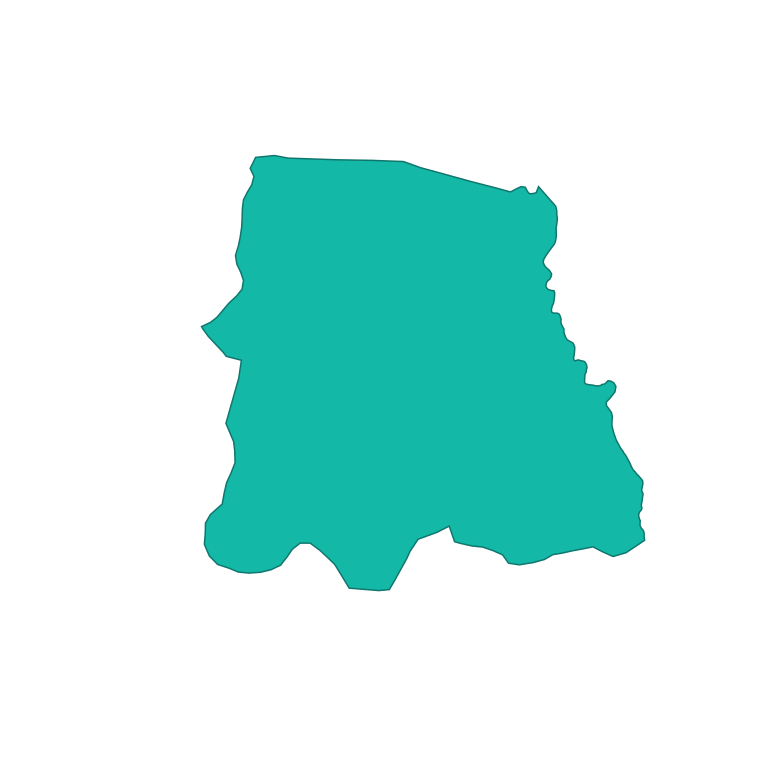 the district of Bani Al Awam, Hajjah, Yemen, rotated 243°
{"feature_id": "15242507B30221832933741", "entity_name": "Bani Al Awam", "entity_type": "district", "adm_level": 2, "iso_a3": "YEM", "parent_name": "Yemen", "parent_adm1": "Hajjah", "projection": "albers", "projection_center": [43.596, 15.581], "detail": "fine", "context": "isolated", "style": "filled", "palette": "teal", "viewbox_px": 768, "rotation_deg": 243, "n_neighbors": 0, "source": "geoboundaries", "source_scale": "gbopen_adm2", "svg_char_len": 3639}
<svg xmlns="http://www.w3.org/2000/svg" viewBox="0 0 768 768"><g transform="rotate(243 384 384)"><path d="M217.9,260.3L202.3,285.6L198.4,295.4L204.1,304.3L218.1,325.0L223.2,331.4L230.2,343.9L228.1,361.3L227.8,364.0L227.8,377.6L211.4,375.3L206.8,380.3L206.5,380.7L199.8,388.8L193.9,397.9L186.3,405.3L177.9,412.1L167.8,413.6L161.5,422.4L158.5,431.7L157.2,435.5L154.8,447.3L155.3,457.0L152.8,464.8L152.2,466.9L149.7,476.6L146.8,486.3L144.0,496.3L135.7,502.2L126.3,509.8L123.8,523.1L126.4,545.2L128.2,545.9L130.4,546.7L132.7,547.9L134.8,548.5L136.9,548.4L138.4,547.8L140.2,547.8L142.1,548.0L143.9,549.1L146.1,550.3L147.6,550.3L148.5,550.5L150.7,550.9L152.6,552.1L153.9,553.6L154.8,555.8L156.0,557.3L158.0,557.8L160.1,558.8L162.1,560.5L164.6,562.2L166.5,563.5L168.2,564.8L169.8,565.1L171.9,565.1L173.3,566.0L175.9,568.1L178.3,569.8L180.3,570.4L180.5,570.5L183.1,570.0L186.8,569.1L189.1,568.3L192.1,567.8L194.3,567.0L197.4,566.9L199.2,567.0L202.2,567.2L206.1,567.1L211.5,566.9L213.6,566.3L214.7,566.5L219.8,565.7L225.0,565.6L228.8,565.5L229.4,565.6L235.5,566.4L242.0,567.8L244.6,568.7L248.4,570.9L251.2,572.7L255.5,573.7L263.9,572.4L267.1,574.0L268.6,578.6L272.1,586.2L276.5,589.5L280.3,589.4L283.3,587.7L285.2,585.1L283.8,580.7L284.6,578.1L284.4,576.8L284.7,574.8L285.9,572.3L288.2,569.5L289.9,566.9L292.1,564.1L292.4,564.0L293.2,563.5L294.6,563.5L296.5,564.6L298.6,565.8L301.3,567.4L302.7,569.4L304.5,570.5L306.5,572.4L309.4,573.2L309.8,573.2L312.2,573.1L313.6,572.3L314.1,571.6L315.2,570.3L317.3,568.0L317.7,565.9L318.1,564.5L319.4,564.2L321.1,564.7L322.6,565.9L324.5,567.3L327.2,569.0L330.2,570.7L332.9,571.0L334.8,570.9L336.6,569.7L336.9,569.5L338.3,568.6L339.8,567.5L341.5,567.1L343.5,567.1L346.9,567.5L349.1,568.1L351.2,569.3L353.4,569.2L355.2,569.2L357.1,569.2L359.4,570.0L361.3,571.2L364.6,571.8L366.2,571.8L367.0,571.7L368.3,570.7L369.4,568.8L370.3,567.2L371.4,566.2L372.3,566.2L373.5,566.6L374.6,567.2L376.0,568.3L377.6,569.8L378.6,571.3L380.7,573.1L384.3,575.5L387.5,577.4L390.0,577.8L390.2,577.5L391.4,575.5L393.7,573.3L394.2,572.9L395.8,572.6L397.6,572.6L399.1,573.6L399.6,574.1L400.6,575.0L401.7,577.0L402.0,578.9L402.1,579.2L403.9,581.8L404.7,582.4L406.0,583.3L407.9,583.2L410.2,582.9L410.8,582.7L413.3,581.7L415.5,580.9L418.3,580.9L420.3,581.1L422.2,582.7L422.3,582.7L423.7,584.7L425.6,587.9L426.1,588.9L428.6,593.7L431.5,599.6L433.7,601.9L437.4,604.6L440.8,606.3L444.7,608.1L448.9,611.1L452.5,613.5L456.5,614.9L460.2,616.7L464.4,617.7L489.7,611.3L485.3,606.4L486.1,603.2L486.4,602.1L487.9,599.7L491.2,599.2L491.3,599.2L495.2,599.2L497.6,595.8L497.8,591.5L497.7,583.9L507.9,572.7L525.9,552.3L538.8,538.2L560.2,514.7L573.4,502.3L580.3,489.9L588.5,475.2L604.9,444.3L628.8,401.1L637.3,390.1L644.2,372.5L636.9,362.7L628.1,362.4L621.6,356.7L617.0,349.4L611.9,342.4L604.3,337.3L598.1,333.9L596.1,332.9L588.1,328.2L580.8,323.0L579.8,322.3L573.1,316.9L572.7,316.5L565.9,310.0L557.5,307.3L556.7,307.3L548.8,307.1L540.0,305.8L532.9,300.5L529.3,292.5L526.6,282.9L523.1,274.5L522.5,273.1L519.3,265.5L518.4,261.1L517.7,257.1L518.0,247.5L515.9,247.5L506.0,249.1L495.2,252.2L484.9,255.2L480.3,256.0L469.9,267.7L465.8,264.8L455.1,257.2L443.9,246.8L420.7,225.3L401.1,223.9L391.8,220.5L381.4,215.5L373.8,206.9L367.7,199.1L366.4,198.0L359.0,191.8L354.5,188.4L350.5,185.3L346.5,170.0L341.1,161.8L331.5,156.6L322.8,151.2L316.1,150.7L310.1,150.3L305.1,151.9L298.8,153.8L290.2,162.3L282.6,168.8L276.9,177.7L272.3,188.5L269.8,199.1L269.5,209.7L270.0,210.6L273.7,218.7L277.5,225.7L278.4,227.4L280.3,237.1L275.7,246.0L265.1,251.3L261.0,252.8L255.5,254.8L245.6,258.2L235.6,259.0L217.9,260.3Z" fill="#14b8a6" stroke="#0f766e" stroke-width="1.5"/></g></svg>